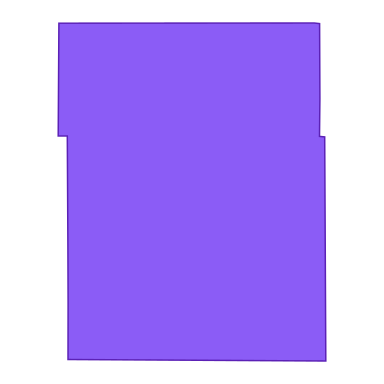 outline of Washburn, Wisconsin, United States of America
{"feature_id": "52423323B30726124247740", "entity_name": "Washburn", "entity_type": "district", "adm_level": 2, "iso_a3": "USA", "parent_name": "United States of America", "parent_adm1": "Wisconsin", "projection": "robinson", "projection_center": [-91.775, 45.898], "detail": "fine", "context": "isolated", "style": "filled", "palette": "violet", "viewbox_px": 384, "rotation_deg": 0, "n_neighbors": 0, "source": "geoboundaries", "source_scale": "gbopen_adm2", "svg_char_len": 277}
<svg xmlns="http://www.w3.org/2000/svg" viewBox="0 0 384 384"><path d="M319.6,23.6L314.2,23.0L58.9,23.2L58.2,136.0L67.3,136.0L67.9,245.5L68.1,303.9L68.0,359.5L325.8,361.0L324.7,136.9L319.5,136.4L319.9,98.9L319.6,23.6Z" fill="#8b5cf6" stroke="#5b21b6" stroke-width="1.5"/></svg>